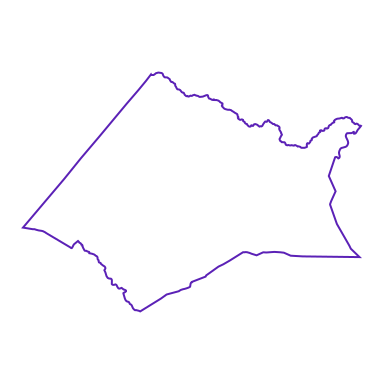 outline of Massangena, Gaza, Mozambique
{"feature_id": "85939544B81330952052148", "entity_name": "Massangena", "entity_type": "district", "adm_level": 2, "iso_a3": "MOZ", "parent_name": "Mozambique", "parent_adm1": "Gaza", "projection": "robinson", "projection_center": [32.695, -21.744], "detail": "fine", "context": "isolated", "style": "outline", "palette": "violet", "viewbox_px": 384, "rotation_deg": 0, "n_neighbors": 0, "source": "geoboundaries", "source_scale": "gbopen_adm2", "svg_char_len": 5984}
<svg xmlns="http://www.w3.org/2000/svg" viewBox="0 0 384 384"><path d="M140.2,311.4L160.9,298.6L166.6,294.5L178.9,291.2L179.2,290.9L180.9,289.9L183.1,289.2L184.6,288.9L186.6,288.3L188.8,287.5L190.1,286.7L190.6,283.7L191.0,282.8L191.3,282.5L191.9,282.3L191.9,281.9L205.6,276.6L206.2,275.4L218.5,266.6L223.3,264.3L229.7,260.6L243.1,252.2L244.2,252.3L245.4,252.1L247.0,252.2L249.5,252.9L251.7,253.8L256.6,255.3L263.0,252.4L263.5,252.3L266.3,252.5L274.4,251.9L280.5,252.3L283.9,252.7L290.7,255.7L302.8,256.4L359.5,257.1L350.8,248.7L349.3,245.6L336.9,224.0L330.1,204.7L330.1,204.1L331.1,201.3L335.6,191.3L328.8,176.0L335.1,157.3L335.9,157.0L336.5,157.0L337.3,157.4L338.3,158.4L339.1,158.0L339.5,157.5L339.7,156.5L339.6,155.6L339.1,153.8L339.0,152.3L339.5,150.6L340.4,148.8L341.1,148.2L341.7,147.9L342.6,147.7L345.4,146.9L346.4,146.4L347.3,145.4L348.0,143.8L348.2,142.9L347.9,141.2L347.2,139.5L346.4,137.9L345.9,136.6L345.8,136.0L345.9,135.4L346.1,134.6L346.6,133.8L346.9,133.4L347.5,133.2L351.4,133.1L352.5,132.7L353.2,132.1L353.6,131.9L353.8,131.9L353.9,132.1L353.8,133.3L354.0,133.7L354.6,133.7L355.4,133.4L356.1,132.7L357.8,129.8L359.8,127.5L361.0,125.9L360.7,125.7L360.3,125.7L359.7,125.9L359.2,125.6L357.9,124.2L356.9,123.7L356.2,123.7L355.5,124.1L354.5,123.8L353.9,122.9L352.7,122.2L352.2,121.8L352.1,121.4L352.1,120.4L351.9,120.0L351.2,119.2L350.3,118.5L349.8,117.9L348.3,117.8L346.8,117.0L345.9,117.1L344.5,117.7L344.2,118.1L343.8,118.4L342.6,118.3L342.2,117.9L341.8,117.8L339.5,118.5L337.4,118.7L336.3,119.1L334.9,119.9L333.9,121.1L333.9,121.5L334.3,122.0L334.2,122.3L333.6,122.4L331.6,123.7L330.8,124.8L329.6,125.2L329.0,125.8L328.7,126.4L328.3,127.8L328.1,128.1L326.9,128.6L326.1,128.2L325.2,128.4L324.8,128.7L324.5,129.3L324.4,130.2L324.1,130.6L323.6,130.8L322.1,130.9L321.8,130.7L321.5,130.3L321.2,130.3L320.6,130.3L320.0,130.6L320.0,130.9L320.2,131.4L320.2,131.9L319.9,132.2L319.1,132.5L318.8,132.8L318.2,134.1L317.4,134.9L316.6,136.2L313.1,137.4L312.6,137.8L311.8,138.7L311.8,139.0L311.9,139.3L311.8,139.9L311.5,140.3L310.6,140.6L310.4,140.9L310.2,142.0L309.0,143.5L308.8,143.6L307.5,143.2L307.2,143.4L307.0,143.7L306.8,144.6L306.9,146.6L306.8,147.0L304.6,147.8L302.1,147.8L301.5,147.8L300.9,147.5L300.3,146.9L299.8,146.7L298.2,146.3L297.7,146.5L296.9,145.9L295.3,145.1L294.8,145.1L294.0,145.6L293.6,145.6L292.9,145.4L292.4,145.4L291.7,145.2L291.3,145.2L290.8,145.4L289.8,145.4L288.2,145.0L287.3,145.3L286.9,145.2L286.2,145.0L285.6,144.3L285.5,143.6L284.8,142.5L284.2,142.2L283.1,142.3L282.7,142.1L281.6,142.1L281.2,141.5L281.0,141.3L280.4,141.1L279.6,139.6L279.6,139.0L279.7,138.6L280.3,137.7L280.8,136.4L281.6,135.3L281.9,134.7L281.8,134.3L281.2,133.5L281.1,132.4L280.4,131.5L280.2,130.9L279.4,129.7L279.2,128.7L279.6,128.2L279.6,127.9L279.4,127.1L278.5,126.2L277.8,125.9L276.9,125.3L275.6,125.3L275.3,125.0L274.9,124.8L274.6,124.3L274.4,124.1L273.0,124.0L271.3,122.7L269.8,121.9L269.2,120.7L268.6,120.2L268.3,120.1L267.8,120.2L267.2,121.4L266.7,121.8L265.4,121.5L265.1,121.6L263.7,123.4L262.8,124.9L262.5,125.6L262.0,126.1L261.4,126.4L260.8,126.2L259.4,126.6L258.9,126.1L258.3,125.8L257.5,124.9L255.5,124.1L254.5,124.2L253.9,124.5L253.7,125.0L253.0,125.9L252.6,125.9L252.0,125.4L251.5,125.3L251.1,125.5L250.8,126.3L250.2,126.6L249.4,126.6L248.7,126.3L247.3,124.9L247.1,124.3L247.0,124.1L246.0,123.8L245.4,123.4L244.8,122.7L244.5,121.8L243.4,121.3L243.2,121.1L243.0,119.9L241.9,119.4L240.5,119.8L240.0,119.8L238.8,119.1L238.2,118.6L237.9,117.9L238.3,117.5L238.3,117.0L237.6,115.9L237.4,114.5L236.9,113.9L234.9,112.8L233.5,111.8L232.1,111.0L231.1,110.2L229.3,109.7L228.7,109.8L227.5,109.7L225.0,109.0L223.7,108.2L223.3,107.5L222.6,107.0L221.9,105.9L221.9,105.4L222.5,104.9L222.3,104.2L222.5,103.7L222.4,103.4L220.2,102.2L219.5,101.4L218.4,100.6L216.3,100.0L215.0,100.1L214.6,100.0L214.1,99.5L213.9,99.5L213.6,100.0L213.4,100.0L213.2,99.6L212.7,99.8L212.2,99.9L210.9,99.2L210.3,98.8L209.2,98.6L208.5,97.6L208.1,96.6L208.1,96.0L207.9,95.5L207.5,95.1L207.2,95.1L206.3,95.2L202.8,96.6L200.0,96.9L199.5,96.9L197.9,95.9L196.1,95.6L195.8,95.3L195.0,95.1L194.4,94.8L192.6,95.4L191.9,95.9L191.3,95.9L190.7,95.7L190.4,95.7L188.9,96.5L188.1,96.5L187.6,96.0L186.6,96.2L186.2,96.1L184.7,94.8L183.8,92.9L183.5,92.7L182.8,92.7L182.4,92.4L181.8,92.2L180.2,90.1L179.1,89.5L177.5,89.3L177.2,89.1L176.8,88.4L176.4,87.8L176.0,86.8L175.4,86.0L175.2,85.5L175.2,84.6L175.0,83.8L174.7,83.6L174.0,83.4L172.6,82.1L172.3,82.0L171.5,82.0L171.2,81.9L170.1,80.4L169.7,79.2L167.4,77.5L165.6,77.3L165.2,77.4L164.5,77.2L163.6,76.1L163.2,75.4L162.7,73.9L162.1,73.3L161.5,73.0L158.7,72.6L158.2,72.6L156.0,73.2L154.4,74.5L153.5,75.0L151.3,75.0L151.0,74.4L146.0,80.9L138.4,90.1L126.7,103.7L99.2,136.7L80.7,158.5L64.4,178.7L23.0,227.6L32.8,229.2L34.5,229.2L36.3,229.8L38.6,230.4L41.9,230.9L43.2,231.3L45.3,232.4L46.4,233.2L70.0,247.2L71.1,248.0L71.7,248.1L71.9,247.9L72.2,247.6L73.7,244.7L74.1,244.2L78.0,241.0L78.9,241.9L79.3,242.6L80.6,243.3L81.2,244.1L81.5,244.8L82.1,244.8L82.3,245.1L82.5,245.5L82.4,246.4L82.5,246.6L82.9,247.0L83.1,247.8L84.5,250.4L84.8,250.7L85.2,250.8L86.2,250.8L86.6,250.9L87.4,251.5L89.0,251.9L89.3,252.3L89.3,253.2L91.9,253.7L94.2,254.5L94.8,254.9L95.6,255.7L96.4,256.0L97.1,256.6L97.5,257.3L97.6,258.9L97.7,259.2L98.0,259.7L98.6,260.3L98.7,261.6L98.9,262.2L99.2,262.5L100.5,262.9L100.9,263.8L103.0,265.5L104.5,266.4L105.2,267.3L105.4,268.3L105.0,269.3L104.5,269.9L104.4,270.3L105.4,272.4L106.5,276.1L107.7,277.9L109.0,278.5L110.9,278.7L111.4,279.1L111.7,279.5L111.9,280.6L111.8,284.0L112.2,284.5L113.0,284.9L113.9,284.9L115.4,284.4L116.1,284.7L116.6,285.2L117.4,286.9L118.0,287.8L118.4,288.3L118.7,288.5L119.6,288.6L121.6,287.9L123.6,289.5L124.5,289.7L125.7,290.3L126.0,290.7L126.0,291.3L125.2,292.0L123.5,293.0L123.4,293.1L123.4,293.5L124.9,298.6L125.8,300.5L127.1,301.5L128.6,301.9L128.9,302.2L129.2,302.5L129.8,303.9L130.9,304.5L131.7,305.3L132.9,308.1L133.7,309.1L134.2,309.6L135.1,310.2L136.1,310.1L138.9,310.8L140.2,311.4Z" fill="none" stroke="#5b21b6" stroke-width="2"/></svg>